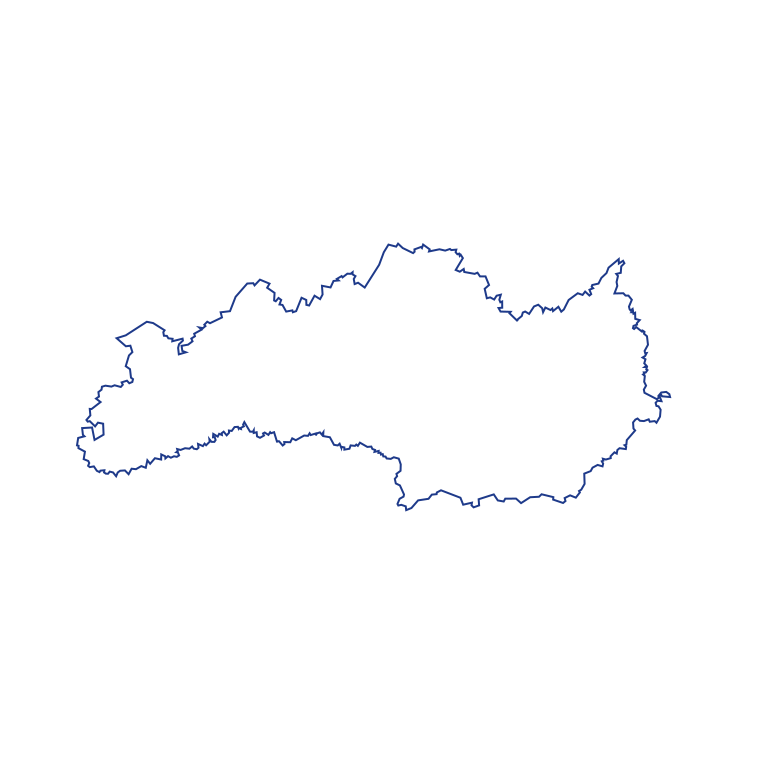 Thabo Mofutsanyane, Free State, South Africa, rotated 36°
{"feature_id": "47623444B5552574832417", "entity_name": "Thabo Mofutsanyane", "entity_type": "district", "adm_level": 2, "iso_a3": "ZAF", "parent_name": "South Africa", "parent_adm1": "Free State", "projection": "orthographic", "projection_center": [28.545, -28.29], "detail": "fine", "context": "isolated", "style": "outline", "palette": "blue", "viewbox_px": 768, "rotation_deg": 36, "n_neighbors": 0, "source": "geoboundaries", "source_scale": "gbopen_adm2", "svg_char_len": 6165}
<svg xmlns="http://www.w3.org/2000/svg" viewBox="0 0 768 768"><g transform="rotate(36 384 384)"><path d="M623.1,226.4L620.8,224.5L617.0,224.5L613.3,227.9L613.0,232.4L614.4,233.6L613.6,235.9L599.9,238.0L597.5,235.8L597.0,231.3L593.2,229.3L590.3,224.2L588.0,224.0L588.6,222.7L587.4,221.9L589.0,220.7L589.0,217.9L587.6,218.0L586.7,215.7L584.9,217.0L585.5,214.9L582.4,214.3L581.0,210.3L577.6,210.6L578.8,207.8L578.3,204.6L577.3,205.6L575.4,204.1L574.5,197.1L568.7,190.8L564.8,190.5L564.1,188.7L562.5,188.7L561.9,188.8L562.4,189.6L562.0,190.0L554.6,189.7L554.0,192.5L552.6,192.5L551.7,190.3L553.8,187.2L552.8,186.3L553.3,182.0L549.0,183.6L545.3,178.8L544.5,180.5L542.9,179.0L542.9,179.9L542.3,180.3L542.6,178.6L541.0,177.1L540.3,179.6L538.7,179.1L536.7,177.4L535.0,170.2L529.8,168.8L527.4,170.5L524.3,169.9L517.2,175.3L515.1,167.5L512.2,164.8L509.8,159.1L507.2,158.4L510.2,154.9L506.8,149.4L507.5,145.0L505.0,143.8L503.2,148.5L500.5,145.0L497.3,157.9L498.8,163.5L497.5,170.4L498.5,176.7L494.3,181.5L494.8,183.2L496.9,183.6L494.8,187.0L498.8,189.5L498.2,191.7L492.4,191.0L492.3,195.2L487.4,196.7L484.0,207.5L485.7,218.0L484.9,221.3L479.7,219.0L477.9,225.7L475.8,224.0L475.2,226.3L469.6,227.3L470.5,232.4L467.4,229.7L462.2,229.2L459.8,233.1L460.2,242.0L455.6,242.4L454.3,244.6L455.5,248.0L454.0,253.8L455.1,254.6L443.9,253.0L444.0,251.2L435.7,256.9L432.0,255.2L434.8,252.8L431.1,247.8L430.1,249.5L427.8,248.1L426.0,243.1L423.2,246.4L423.5,250.9L419.0,251.5L416.8,254.2L409.5,247.8L410.8,242.2L402.9,237.3L398.4,240.5L394.2,239.0L392.6,241.6L383.1,246.2L380.9,244.1L379.3,248.6L375.0,249.6L373.8,235.8L370.0,234.3L369.9,235.8L368.1,234.4L367.1,235.9L364.5,235.3L363.5,232.8L359.7,236.1L358.0,236.0L355.1,240.1L349.7,242.4L342.5,250.3L341.8,248.2L333.7,248.2L334.8,251.7L333.4,251.4L329.5,257.2L331.0,259.0L330.6,261.0L319.2,263.0L312.9,262.2L313.1,265.7L305.7,268.6L306.4,277.5L310.0,290.4L311.7,317.3L303.5,317.3L301.5,320.4L297.8,316.8L297.5,313.5L294.1,313.8L292.9,312.0L292.2,314.5L289.5,316.3L287.8,322.1L286.3,321.6L284.1,326.7L286.4,326.9L282.6,330.3L284.0,337.3L276.1,341.0L281.7,347.7L282.4,352.9L275.9,353.4L277.3,364.5L274.7,365.6L271.7,361.7L266.6,362.7L270.1,376.7L268.1,379.5L266.6,378.3L262.3,382.9L255.4,379.7L252.7,381.1L251.4,376.4L248.1,376.4L247.8,380.7L246.0,381.0L241.9,374.6L232.9,374.8L232.4,370.1L222.3,372.5L221.3,380.3L219.0,379.3L214.3,383.1L212.7,400.7L216.6,415.6L209.7,422.0L213.8,425.4L207.5,437.1L204.4,437.5L203.8,441.7L205.5,442.1L204.7,445.2L201.3,446.9L204.5,447.2L200.9,454.9L203.0,456.5L201.4,460.5L204.0,462.0L202.4,467.3L197.8,472.1L201.4,475.8L205.1,474.8L200.6,480.6L196.2,475.8L194.8,472.3L195.8,467.1L194.4,465.7L187.6,473.9L186.4,471.7L182.7,473.8L180.1,472.7L177.6,474.3L175.0,471.8L174.9,469.5L161.4,470.4L155.5,473.1L146.5,496.4L140.8,504.1L153.0,505.2L156.3,502.1L161.7,506.1L160.9,510.8L164.6,521.4L169.8,521.3L175.6,527.6L178.1,527.6L179.2,530.3L177.5,533.1L174.1,532.4L170.8,536.9L173.1,538.1L172.8,541.1L166.8,543.4L165.0,546.3L159.6,549.1L157.4,552.0L158.8,554.6L157.7,558.4L160.8,561.7L159.6,565.1L165.3,565.2L162.1,576.2L160.6,577.1L164.9,582.0L164.4,588.0L166.4,588.6L167.8,587.0L175.2,588.1L175.3,583.4L180.1,581.2L186.9,589.8L182.7,599.4L173.4,590.8L165.7,597.1L170.3,602.1L172.4,602.4L168.3,607.4L171.7,614.1L173.2,613.5L174.5,615.5L181.8,614.5L185.2,621.3L190.0,620.1L192.0,621.2L192.7,624.1L194.8,624.2L197.7,621.2L202.7,623.0L205.6,622.5L205.5,620.8L208.5,618.1L209.5,620.1L211.7,620.0L213.5,618.8L213.6,616.1L216.8,614.8L221.5,616.1L220.6,612.1L221.5,609.3L225.2,606.2L230.4,607.1L229.6,600.9L233.4,598.7L235.9,593.1L240.5,591.8L237.4,584.8L241.7,586.0L242.3,578.7L248.1,576.1L245.2,571.9L249.5,571.1L250.9,572.7L251.7,569.3L254.9,568.9L256.6,565.9L259.2,564.7L260.2,562.2L257.4,560.5L256.1,561.2L256.5,559.5L254.9,558.2L258.2,556.9L260.8,552.9L264.6,550.7L265.5,547.3L268.1,548.1L270.9,546.8L271.4,544.6L268.8,541.8L274.0,540.7L273.9,537.7L276.1,538.1L276.9,533.1L275.2,531.3L278.4,532.2L280.8,530.5L280.7,528.3L278.2,526.5L277.0,527.6L275.2,524.7L280.4,524.3L279.9,521.2L282.8,520.5L281.6,519.2L282.3,516.8L286.9,518.0L287.3,514.5L285.9,512.8L288.4,511.5L288.4,506.7L291.0,504.5L292.1,505.2L291.7,504.1L292.5,505.2L294.7,504.5L293.9,503.8L295.5,500.6L293.9,499.7L293.4,496.9L303.6,501.3L306.0,499.7L305.8,498.0L307.4,500.2L309.3,497.9L312.1,501.0L315.3,500.4L317.2,496.2L315.2,495.1L316.0,493.4L320.4,493.1L320.2,489.9L321.6,490.2L323.4,487.6L331.9,494.0L331.4,492.9L332.8,492.0L338.2,493.3L338.8,491.1L337.4,489.6L342.4,486.2L341.7,481.9L345.7,481.3L349.7,472.6L353.0,470.6L352.8,467.6L354.7,468.4L357.9,464.1L359.1,465.6L358.7,463.4L360.6,460.8L363.4,461.5L363.3,458.7L365.4,461.9L371.5,458.9L379.3,462.6L382.7,460.9L383.2,458.4L387.1,460.8L386.6,459.8L389.2,458.6L390.5,460.4L394.1,456.7L393.1,453.3L396.9,451.1L397.2,449.3L399.2,449.4L399.0,445.6L407.5,444.7L410.5,442.1L412.8,443.4L415.5,442.6L416.2,444.5L419.0,441.3L420.0,443.0L421.6,441.6L423.0,442.9L424.2,441.5L426.0,443.0L427.9,441.8L429.9,442.7L433.5,440.6L435.0,437.5L439.8,435.7L444.8,439.2L448.4,444.5L446.9,449.4L448.8,450.9L448.5,454.4L452.0,457.5L456.5,456.7L465.1,461.6L466.0,463.6L464.1,467.7L465.4,473.1L467.0,473.9L469.0,471.6L473.5,470.2L476.1,473.0L479.1,468.2L480.0,458.1L487.5,450.7L487.7,445.4L491.3,442.2L490.5,440.7L492.6,436.5L512.7,431.1L519.0,435.1L524.9,428.3L526.1,430.7L529.0,431.1L532.3,426.3L528.3,421.6L537.7,408.8L544.5,411.3L549.9,408.7L549.5,405.5L558.2,399.1L564.9,399.8L568.8,389.7L575.7,384.1L576.3,380.6L587.5,376.0L588.8,378.1L598.8,375.0L599.6,372.0L597.2,370.1L600.0,364.7L606.0,363.2L606.2,356.6L604.7,355.9L605.7,353.6L605.0,346.9L598.7,338.8L602.4,333.0L601.9,329.1L604.4,323.9L609.2,322.2L608.1,319.6L605.6,318.5L606.5,317.1L605.0,315.8L607.9,314.7L611.0,310.7L609.8,309.3L610.6,303.8L613.2,303.5L611.6,300.2L612.3,297.5L617.9,294.5L616.8,292.4L614.6,292.1L615.7,290.6L613.4,286.7L614.5,274.0L612.0,273.4L608.1,268.7L608.3,265.0L609.4,262.9L612.7,263.3L616.1,261.2L618.9,257.0L621.2,258.3L624.8,254.9L627.2,255.2L626.5,248.2L622.9,242.2L619.2,240.7L617.3,241.6L614.8,239.6L615.1,236.8L618.6,234.8L613.9,231.8L614.8,229.9L616.2,230.5L623.1,226.4Z" fill="none" stroke="#1e3a8a" stroke-width="2"/></g></svg>